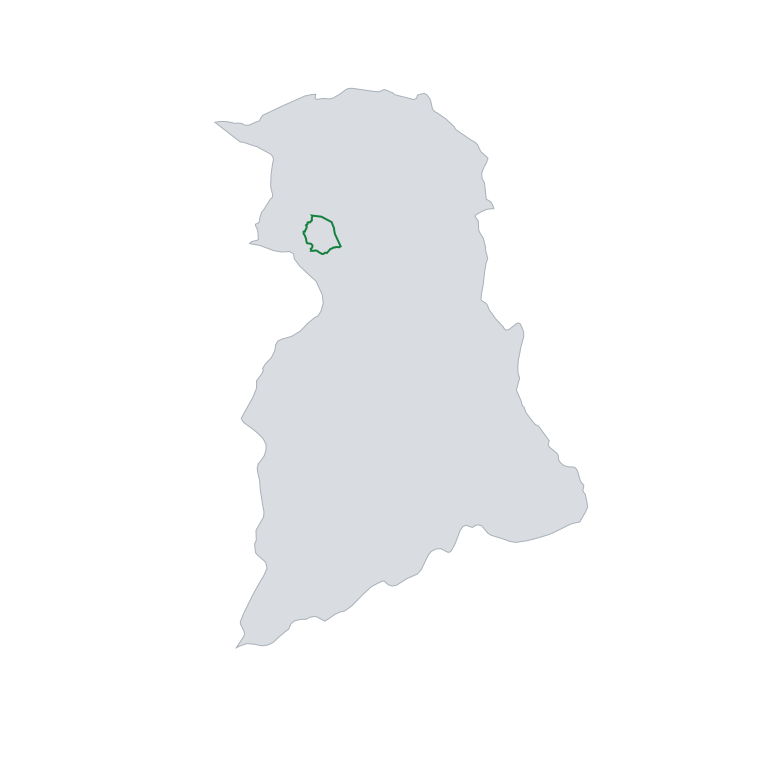 Boali, Ombella-M'Poko, Central African Republic (highlighted), rotated 104°
{"feature_id": "33826404B11454155454969", "entity_name": "Boali", "entity_type": "district", "adm_level": 2, "iso_a3": "CAF", "parent_name": "Central African Republic", "parent_adm1": "Ombella-M'Poko", "projection": "natural_earth1", "projection_center": [18.06, 4.808], "detail": "fine", "context": "in_parent", "style": "outline", "palette": "green", "viewbox_px": 768, "rotation_deg": 104, "n_neighbors": 0, "source": "geoboundaries", "source_scale": "gbopen_adm2", "svg_char_len": 4920}
<svg xmlns="http://www.w3.org/2000/svg" viewBox="0 0 768 768"><g transform="rotate(104 384 384)"><path d="M524.1,276.8L530.7,278.8L531.9,281.2L530.1,288.8L531.4,293.6L535.1,297.7L538.9,299.4L542.5,300.4L555.1,302.9L560.4,305.7L567.3,314.7L576.0,322.9L578.1,327.2L577.8,331.2L575.2,335.9L575.6,337.9L579.6,342.7L584.2,347.6L592.6,353.1L607.1,361.6L613.8,367.3L616.0,371.6L619.8,376.3L625.0,380.7L628.4,384.0L626.1,393.4L626.8,396.4L628.1,399.1L631.2,402.8L632.4,407.5L635.4,413.5L639.0,416.2L645.0,417.2L648.1,419.9L654.7,424.6L661.1,428.7L663.8,431.5L665.5,434.0L666.9,436.9L667.7,439.9L667.8,446.2L669.0,454.1L672.4,459.5L675.6,463.5L662.6,458.9L660.7,458.8L658.4,459.6L651.6,465.2L649.5,465.9L640.9,464.7L620.3,460.3L604.4,456.0L599.6,454.4L591.1,452.9L585.5,455.8L580.3,465.9L578.7,467.9L570.5,470.9L566.6,470.1L557.0,472.8L542.2,468.7L537.0,469.5L532.8,471.6L522.2,476.1L515.8,478.7L508.3,481.1L501.2,484.7L496.4,486.7L491.7,486.7L487.5,484.6L482.9,482.9L477.3,482.5L471.6,483.6L466.7,487.6L464.7,490.4L460.5,498.1L455.5,510.4L453.5,512.9L451.7,514.2L428.6,508.0L418.6,506.6L411.9,508.5L403.5,505.0L399.8,504.4L398.1,505.5L393.4,504.0L385.7,499.7L378.4,498.0L371.9,498.6L367.8,497.2L364.6,493.1L360.4,485.5L352.9,478.0L342.8,472.1L336.5,467.5L334.0,464.5L328.6,462.8L320.3,462.5L312.3,465.5L300.8,474.8L290.2,494.0L284.3,501.3L279.5,503.2L278.3,507.8L280.7,515.2L281.3,523.6L279.6,538.0L280.3,548.4L277.7,546.8L275.3,541.9L274.1,540.9L267.1,543.1L263.5,545.1L261.5,547.0L260.0,547.3L257.8,544.6L256.0,544.2L253.3,544.7L250.5,544.6L248.6,544.3L247.4,544.5L244.1,542.9L232.0,538.9L229.9,537.5L227.5,537.7L221.2,541.2L217.9,542.2L207.9,544.3L197.2,545.4L193.1,545.5L190.3,547.0L188.5,549.2L185.1,562.5L184.3,564.7L184.4,568.1L183.5,578.7L183.9,582.1L171.0,611.4L168.9,606.5L167.6,600.8L167.1,594.2L167.4,592.5L166.6,590.5L165.5,585.2L166.5,581.7L165.7,578.1L163.2,574.6L160.9,571.8L159.6,569.4L158.5,568.4L156.0,568.0L152.7,566.7L138.5,549.5L123.6,530.3L120.6,524.0L119.4,520.4L123.0,520.0L124.0,519.3L124.0,517.7L121.8,512.7L120.7,506.4L118.9,502.6L113.1,496.7L107.6,492.2L105.8,489.9L104.8,486.6L102.7,465.8L101.8,459.8L100.0,457.3L98.8,456.1L98.3,454.6L98.5,450.9L99.3,447.6L99.2,446.3L100.7,443.4L100.8,424.1L99.0,421.5L95.6,421.4L93.9,418.6L92.4,415.1L92.9,412.6L96.1,408.6L98.2,407.1L104.5,404.0L106.3,402.5L107.4,400.6L108.1,398.0L111.8,388.1L117.3,378.2L119.6,376.2L125.1,361.7L126.4,357.9L127.4,354.2L129.1,351.2L135.1,346.3L139.7,337.7L144.6,338.1L149.6,339.5L156.0,340.2L161.1,338.5L164.4,335.2L180.0,329.4L181.2,324.7L183.6,322.3L186.5,320.2L187.5,319.9L187.7,321.4L189.5,326.2L193.0,331.0L198.2,336.3L199.7,335.9L203.0,332.0L211.1,329.5L213.2,328.4L219.0,322.6L226.0,318.9L230.0,317.6L237.1,313.7L242.1,314.2L250.1,313.6L263.5,311.8L273.2,311.2L278.1,310.5L279.4,309.7L281.2,304.1L282.7,302.6L286.3,300.2L293.5,291.7L298.2,284.7L299.6,282.1L300.5,281.6L302.5,278.7L300.5,275.6L292.5,269.3L292.7,268.4L292.2,267.3L292.6,266.5L295.7,263.9L299.8,261.0L304.2,259.9L315.6,260.1L325.3,259.5L327.6,259.6L335.2,258.2L340.4,256.8L345.7,253.8L357.8,254.1L367.9,246.4L370.8,245.0L372.1,243.8L372.4,242.6L377.1,239.6L382.4,233.3L386.6,227.6L387.7,223.6L399.1,209.9L403.0,210.2L405.0,208.5L409.5,199.4L410.9,197.8L415.5,196.2L417.8,193.5L419.7,189.5L419.7,184.5L418.8,180.5L418.8,178.6L419.9,176.9L421.7,175.1L430.3,170.2L432.5,167.8L433.8,165.7L436.2,165.3L438.9,165.5L440.6,164.2L442.4,162.0L448.4,159.0L454.0,156.6L459.8,157.6L470.4,160.6L473.6,167.1L475.1,169.4L488.2,184.7L490.7,188.4L497.3,199.5L501.3,207.0L505.8,217.8L506.3,223.7L505.7,228.7L504.9,243.0L503.7,247.1L498.0,254.8L497.8,258.2L499.0,261.1L500.7,262.3L501.8,263.7L501.2,270.3L503.2,272.9L507.6,274.7L518.4,275.9L524.1,276.8Z" fill="#d9dde1" stroke="#a8b0b8" stroke-width="1"/><path d="M264.8,466.9L263.9,466.3L263.6,465.8L263.5,464.7L262.7,463.7L262.4,462.3L262.2,460.6L262.0,460.3L261.6,460.1L261.2,459.8L260.9,459.4L250.2,468.0L246.5,469.7L245.2,470.0L239.6,474.0L236.8,485.2L238.0,494.6L238.3,494.2L239.0,494.1L239.6,494.1L240.3,494.2L240.6,494.1L241.3,494.0L241.6,493.9L242.2,493.6L242.8,493.7L243.1,493.7L243.4,494.0L243.7,494.4L244.2,494.6L244.8,494.6L245.0,494.8L245.2,495.2L245.2,495.7L245.4,496.4L245.4,496.6L245.6,496.9L245.8,497.2L246.2,497.2L246.7,497.1L247.0,497.0L247.3,496.9L247.9,497.1L248.2,497.6L248.5,497.9L248.8,498.1L249.1,497.7L249.7,497.2L250.2,497.0L251.0,497.0L251.9,497.0L252.5,497.1L252.8,497.3L253.6,497.5L254.5,497.6L254.8,497.5L255.1,497.5L255.2,498.1L255.4,498.4L255.6,498.9L256.2,498.8L256.7,498.5L257.2,498.4L257.9,498.2L258.1,497.9L258.4,497.3L260.3,495.9L262.0,494.7L264.4,493.8L266.0,492.7L265.6,488.9L266.4,487.4L267.3,486.7L268.4,486.7L269.4,486.9L270.0,487.4L270.5,487.8L271.1,487.3L271.7,487.0L272.4,487.1L272.1,486.0L271.8,484.5L271.0,482.9L271.0,481.2L271.5,479.8L271.8,479.3L272.8,475.5L272.5,474.3L270.8,472.9L270.7,471.1L266.0,468.7L264.8,466.9Z" fill="none" stroke="#15803d" stroke-width="2"/></g></svg>